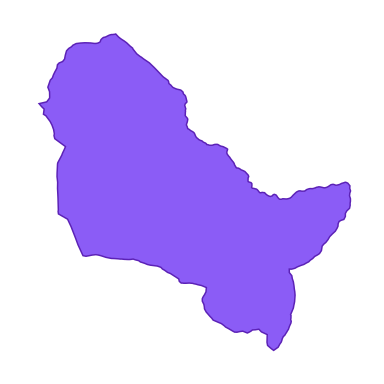 outline of Bara, Samchi, Bhutan, rotated 274°
{"feature_id": "84629894B92719198389791", "entity_name": "Bara", "entity_type": "district", "adm_level": 2, "iso_a3": "BTN", "parent_name": "Bhutan", "parent_adm1": "Samchi", "projection": "equal_earth", "projection_center": [88.859, 27.193], "detail": "fine", "context": "isolated", "style": "filled", "palette": "violet", "viewbox_px": 384, "rotation_deg": 274, "n_neighbors": 0, "source": "geoboundaries", "source_scale": "gbopen_adm2", "svg_char_len": 5868}
<svg xmlns="http://www.w3.org/2000/svg" viewBox="0 0 384 384"><g transform="rotate(274 192 192)"><path d="M344.3,104.9L344.0,104.4L343.9,103.5L343.6,102.2L343.4,100.4L342.7,98.5L340.7,95.1L340.3,94.4L340.3,93.6L339.7,92.5L338.2,91.0L337.1,90.3L335.9,90.1L335.2,89.7L334.8,89.2L334.1,87.9L333.9,87.4L333.5,85.8L333.4,84.0L333.6,80.4L333.4,74.8L332.8,70.3L332.0,66.1L330.0,62.8L328.6,61.8L326.6,59.0L324.1,57.0L319.8,56.1L315.7,55.6L313.1,53.8L311.5,50.5L309.6,48.9L306.1,48.6L302.2,46.8L298.9,45.5L296.2,44.8L293.6,42.8L289.9,41.8L286.5,40.9L282.1,42.9L277.8,43.3L275.8,43.4L271.8,40.8L269.5,33.3L266.6,36.1L264.4,38.7L259.2,38.4L257.9,40.9L252.4,45.6L248.9,47.7L244.6,49.6L240.5,50.6L238.6,50.4L235.6,51.4L228.5,62.6L226.8,62.1L224.6,61.3L223.1,60.7L221.6,60.1L219.8,59.6L217.5,58.6L215.5,57.7L211.9,56.1L210.7,55.9L206.0,56.0L201.6,56.1L197.8,56.3L192.3,57.3L186.2,57.6L179.8,58.4L176.2,58.8L164.8,59.9L163.2,59.8L160.8,60.3L156.2,69.8L149.0,73.8L143.5,76.4L138.2,78.9L131.3,82.0L120.9,87.7L120.5,90.7L121.3,93.9L122.1,96.7L122.8,100.5L122.6,102.8L122.1,105.6L120.8,110.8L120.1,116.3L120.2,118.9L120.2,121.6L120.2,123.1L120.1,125.1L120.2,126.7L120.1,129.0L120.2,133.5L120.4,135.2L121.0,138.0L120.4,140.1L119.8,143.6L118.6,145.4L118.2,147.2L117.5,149.9L116.6,152.5L116.1,155.6L115.7,162.6L114.7,166.2L113.1,167.9L112.0,170.2L110.1,173.2L109.2,176.1L104.4,184.8L101.9,185.6L100.4,187.6L100.5,188.9L100.4,190.3L100.6,192.6L101.0,195.6L100.9,199.2L100.6,200.3L100.4,202.1L99.9,204.4L99.4,207.9L97.7,213.0L93.3,212.9L92.0,212.3L90.5,211.7L89.1,210.9L87.7,210.2L86.2,209.7L83.8,209.9L80.7,211.7L78.3,212.3L76.3,212.6L73.3,214.5L71.7,216.1L69.2,218.6L67.5,220.5L65.7,222.0L63.8,227.4L62.8,230.4L61.8,232.0L60.6,233.8L59.7,234.8L58.2,238.1L56.0,242.5L55.2,244.3L55.3,246.7L56.1,249.4L56.7,252.4L55.2,257.0L56.0,258.5L57.3,260.5L58.6,261.9L59.0,264.9L59.8,268.3L57.3,271.0L55.0,277.0L47.3,277.3L44.2,278.1L41.2,282.1L39.7,284.5L43.1,288.7L44.6,289.4L46.6,290.3L48.3,291.4L49.9,291.9L52.0,292.3L54.2,293.2L55.5,294.5L57.3,295.4L58.5,296.1L60.6,297.1L61.7,297.8L63.1,298.1L65.2,298.7L68.1,299.8L69.9,300.0L71.9,299.3L73.1,299.5L74.4,299.4L75.7,299.4L76.5,298.9L79.7,300.0L83.3,301.2L86.1,301.5L89.6,302.0L93.6,302.0L96.3,302.0L99.6,301.5L102.6,300.8L105.4,300.3L109.4,299.4L112.6,298.1L115.5,297.4L118.4,294.7L121.9,294.4L122.0,296.8L123.1,300.0L124.7,302.4L126.4,305.9L127.5,308.6L129.2,311.1L130.5,313.3L132.3,314.8L134.0,317.0L136.3,318.9L138.0,321.6L139.5,323.5L142.6,325.2L147.1,325.6L149.3,327.2L151.0,329.0L154.0,331.0L157.1,332.5L159.7,334.7L162.9,337.7L166.1,339.3L168.0,340.0L170.6,340.0L172.9,340.8L174.2,342.8L175.2,345.4L178.3,346.7L181.3,346.5L183.9,347.7L186.7,350.3L189.7,350.7L191.8,350.5L193.9,350.7L196.4,350.5L199.2,349.4L201.9,349.5L204.1,350.1L206.6,349.1L209.2,349.1L211.7,346.8L212.4,344.8L212.4,344.1L211.8,342.8L211.0,340.6L210.7,340.1L209.8,338.7L209.3,337.2L208.9,335.9L208.8,334.8L209.1,334.1L209.4,332.9L209.5,332.1L209.2,330.9L208.9,330.0L208.4,329.4L208.0,328.9L206.7,327.2L206.0,325.9L205.6,324.7L205.4,323.9L205.4,323.3L205.7,321.6L206.0,319.4L206.0,318.8L206.0,318.1L205.5,316.4L205.3,315.6L204.7,314.8L204.5,314.0L204.1,313.1L203.7,311.6L203.7,310.8L203.7,310.2L203.6,309.3L203.4,308.6L203.1,307.8L202.5,306.4L202.2,305.9L201.4,305.1L200.8,304.3L200.7,303.6L200.5,302.0L200.5,301.3L200.7,299.8L200.5,298.4L199.9,297.3L199.3,296.3L198.2,295.2L197.4,294.5L196.0,293.2L193.8,291.5L192.7,290.1L192.3,289.1L191.7,287.3L191.6,286.4L191.6,284.9L191.6,283.8L191.6,283.1L191.4,282.5L191.0,281.7L190.9,280.0L191.3,279.3L192.6,277.9L194.1,276.8L194.8,276.2L195.2,275.1L195.4,274.2L195.0,273.3L194.6,272.9L194.1,272.6L193.7,272.2L193.0,270.5L193.2,269.5L193.4,268.9L193.6,268.3L194.1,267.3L194.8,266.2L195.9,265.0L196.4,264.4L196.4,263.3L196.5,262.6L196.5,261.9L196.2,261.2L196.0,260.4L196.2,259.4L196.9,258.8L198.0,257.8L198.7,257.1L199.4,256.1L199.5,255.3L199.8,254.0L199.9,253.1L200.0,251.9L200.8,251.1L201.8,251.3L202.3,251.3L203.0,251.3L204.6,251.1L205.1,250.6L205.5,250.2L205.6,249.6L205.8,248.9L205.9,248.3L206.3,247.3L206.9,247.1L209.7,247.0L210.5,247.1L211.1,247.5L211.7,247.4L212.5,247.0L213.0,246.7L213.9,245.7L215.8,243.7L216.2,243.2L217.0,241.2L217.3,240.3L217.4,239.7L218.0,238.8L218.3,238.3L218.8,237.3L219.1,236.4L219.1,235.8L219.1,235.0L219.4,234.3L220.1,234.0L221.8,232.7L223.5,232.0L224.5,231.3L226.0,229.9L227.9,228.2L229.3,227.2L230.1,226.3L232.1,224.6L233.3,224.0L234.1,224.0L234.8,224.0L236.6,224.5L237.2,224.5L237.8,223.7L238.1,223.0L239.3,220.2L239.5,219.4L239.8,217.4L240.2,216.5L240.6,215.6L241.2,214.5L241.3,213.6L241.2,212.8L241.1,211.7L240.9,210.9L240.1,209.1L239.9,207.6L239.9,206.8L239.9,205.9L240.3,204.6L240.4,203.3L241.1,202.9L241.6,202.3L242.0,201.4L242.2,200.7L242.6,199.7L243.5,198.7L243.9,197.6L244.1,196.7L244.8,195.1L245.8,193.9L246.3,193.1L247.1,192.3L247.5,192.0L248.0,191.7L248.7,191.3L249.4,191.0L250.7,190.3L251.2,189.9L251.7,189.3L252.3,188.3L253.1,186.5L254.5,184.4L254.9,183.3L256.2,182.9L257.1,182.5L258.3,181.8L259.1,181.8L260.5,182.1L261.1,182.3L262.8,182.6L263.5,182.6L264.2,182.7L265.0,182.4L265.5,182.0L266.8,180.7L267.7,179.9L268.2,179.9L269.6,179.9L270.5,179.8L271.7,179.9L273.1,179.7L273.7,179.8L274.6,180.0L275.5,179.6L276.9,179.1L277.7,178.7L278.3,178.8L279.2,179.0L280.0,179.4L280.9,180.4L281.4,180.6L282.0,180.6L282.9,180.3L283.8,180.0L285.1,179.6L286.0,179.3L287.2,178.8L288.1,178.1L289.0,176.9L289.7,176.4L291.0,176.1L292.1,174.8L292.6,174.2L293.0,173.2L293.2,172.2L293.5,170.0L293.9,168.5L294.8,166.1L295.1,165.5L296.1,164.4L297.1,163.5L298.6,161.4L300.3,161.0L301.2,160.6L301.7,160.2L302.7,158.6L303.4,157.6L304.2,156.2L305.1,154.9L313.2,146.0L317.9,140.4L320.8,135.4L321.5,134.2L322.9,132.2L323.7,130.6L326.0,127.2L330.4,123.2L331.4,122.7L333.3,120.0L336.2,116.5L338.0,113.7L339.0,111.8L340.0,110.1L341.5,107.9L344.3,104.9Z" fill="#8b5cf6" stroke="#5b21b6" stroke-width="1.5"/></g></svg>